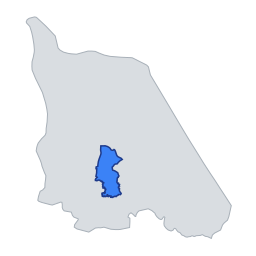 As-Salamiyeh, Hamah, Syria (highlighted), rotated 273°
{"feature_id": "27442178B43082534172912", "entity_name": "As-Salamiyeh", "entity_type": "district", "adm_level": 2, "iso_a3": "SYR", "parent_name": "Syria", "parent_adm1": "Hamah", "projection": "equal_earth", "projection_center": [37.215, 35.173], "detail": "fine", "context": "in_parent", "style": "filled", "palette": "blue", "viewbox_px": 256, "rotation_deg": 273, "n_neighbors": 0, "source": "geoboundaries", "source_scale": "gbopen_adm2", "svg_char_len": 5755}
<svg xmlns="http://www.w3.org/2000/svg" viewBox="0 0 256 256"><g transform="rotate(273 128 128)"><path d="M26.2,79.5L28.7,79.8L33.8,83.1L34.7,83.0L36.2,78.6L37.8,77.1L41.0,75.8L41.9,68.6L43.4,67.2L45.2,66.5L47.9,66.4L50.3,65.9L50.5,64.7L47.1,56.4L47.4,54.3L49.1,46.0L50.1,42.8L51.1,41.7L54.9,42.2L60.2,43.6L61.6,46.0L64.2,48.1L68.1,48.0L72.6,48.4L76.1,48.5L78.9,47.0L85.2,44.2L88.3,43.3L91.2,42.1L100.3,37.5L104.0,37.9L106.5,38.5L108.4,39.2L112.8,42.3L116.3,45.5L118.8,46.4L123.3,46.3L129.8,46.9L137.8,46.9L142.5,46.0L148.4,44.5L159.0,40.7L172.8,33.0L180.9,29.2L184.5,28.8L189.1,28.7L193.7,29.7L198.9,30.4L201.3,30.4L206.9,29.6L214.2,28.0L218.8,26.7L224.3,24.6L227.7,21.1L228.8,20.8L230.2,21.4L230.9,21.6L232.4,23.6L234.0,28.7L234.0,29.3L233.7,30.8L230.2,35.0L225.4,40.7L221.9,44.4L216.1,50.5L211.7,51.8L204.2,54.0L202.2,56.1L200.4,59.6L199.4,64.3L199.1,67.3L199.0,72.8L200.9,78.5L202.7,84.0L202.9,87.7L202.8,91.3L201.3,95.2L199.6,100.4L198.6,106.4L198.3,117.6L198.4,127.2L198.3,128.7L195.3,135.5L191.8,143.4L190.1,145.2L182.1,147.6L173.5,153.4L163.8,159.9L155.0,165.8L145.7,172.0L136.1,178.4L129.2,183.0L120.0,189.2L111.6,195.1L103.0,201.1L96.5,205.6L86.6,212.8L80.9,217.1L72.3,223.3L64.8,228.8L55.9,235.2L44.7,233.3L41.2,232.2L38.3,229.1L36.2,227.5L31.0,225.8L27.6,220.0L25.6,217.9L22.1,217.0L23.6,213.3L23.9,210.8L25.4,207.8L24.5,205.9L24.0,201.7L23.4,200.7L23.1,199.6L23.7,198.3L23.5,196.9L22.9,196.3L22.6,194.3L22.1,192.7L22.4,190.9L23.2,189.7L24.0,187.3L24.9,186.6L26.4,185.2L26.8,183.6L28.2,182.2L29.9,180.9L30.3,180.0L30.1,179.4L28.3,178.3L27.4,176.4L28.2,173.6L28.8,172.7L29.9,171.3L32.3,169.3L34.2,168.9L35.8,168.9L38.5,169.1L40.7,169.5L41.2,168.9L41.1,168.2L38.5,166.5L38.4,165.2L39.0,163.8L40.9,161.5L43.1,159.8L44.2,159.5L46.8,156.1L48.4,152.4L45.8,143.3L44.2,141.8L41.7,140.6L40.1,140.4L40.0,139.8L42.1,137.5L43.5,135.4L41.9,133.5L39.1,132.6L38.0,134.6L34.4,134.8L28.7,134.8L26.2,125.2L25.9,121.0L26.0,116.2L27.7,109.2L26.9,105.9L26.9,103.7L26.4,100.7L22.0,94.3L24.5,82.4L26.2,79.5Z" fill="#d9dde1" stroke="#a8b0b8" stroke-width="1"/><path d="M93.2,100.2L90.3,99.9L88.1,99.8L87.4,98.2L85.7,98.2L85.7,98.9L81.4,99.0L78.1,98.5L77.9,99.2L77.1,99.8L77.0,99.5L76.9,99.2L76.7,99.2L76.3,99.1L75.6,98.4L75.4,98.4L74.9,98.1L73.9,98.2L73.9,98.4L74.1,98.4L74.0,99.0L73.8,99.3L73.7,99.4L73.9,100.3L74.2,100.7L74.4,100.9L74.4,101.7L74.4,102.6L73.9,102.9L73.7,103.5L73.6,103.8L73.7,104.0L73.4,104.9L73.0,104.4L72.4,105.5L72.1,105.7L72.1,106.6L71.8,106.6L71.7,106.3L71.7,106.0L71.6,105.9L71.2,105.9L70.9,105.6L70.7,105.7L70.4,105.6L70.2,105.9L70.1,106.0L69.8,106.0L69.7,105.8L69.7,105.7L69.5,105.8L69.4,105.8L69.0,105.9L68.9,105.9L69.0,105.9L68.9,105.9L68.9,106.0L68.5,106.0L68.4,106.1L68.2,105.9L67.9,105.7L67.5,106.0L67.4,106.2L66.7,106.2L66.7,106.3L66.9,106.9L66.9,107.0L67.0,107.3L67.0,107.5L67.4,107.8L67.0,108.0L66.6,108.0L66.5,107.9L66.4,107.9L66.1,107.8L65.9,108.0L65.9,108.3L66.0,108.3L66.0,108.7L65.9,108.9L65.8,109.0L65.6,109.0L65.4,108.9L65.2,109.0L64.6,108.7L64.4,108.6L63.9,108.3L63.8,108.2L63.7,108.2L63.4,108.1L63.3,108.4L63.2,108.4L62.6,108.5L62.6,108.3L61.8,108.4L61.7,108.0L61.9,108.0L61.9,107.9L62.0,107.8L62.1,107.7L62.2,107.4L62.0,106.7L61.9,106.7L61.7,105.9L61.4,106.0L61.3,105.9L61.2,105.8L61.2,105.4L60.6,105.4L59.8,105.6L60.0,105.7L60.0,105.9L60.0,106.0L59.4,106.1L58.5,106.2L58.5,106.4L58.4,106.6L58.5,106.9L58.3,106.9L58.3,107.0L58.2,107.1L58.3,107.5L58.3,107.9L58.3,108.0L58.4,108.7L58.6,108.7L58.5,108.8L58.4,109.0L58.3,109.3L58.4,109.6L58.7,109.7L58.8,109.8L58.8,110.1L58.9,110.5L58.9,110.8L59.3,110.7L59.5,110.7L59.5,110.9L60.0,110.8L60.3,110.8L60.3,111.0L59.4,111.2L59.2,111.2L58.8,111.3L58.9,111.5L58.7,111.7L58.5,111.9L58.6,112.1L58.6,112.4L58.6,112.5L58.8,112.6L59.0,112.5L59.4,112.6L59.3,112.9L59.3,113.1L59.2,113.1L59.2,113.4L59.2,113.5L59.0,113.8L59.1,114.0L59.2,114.5L58.8,114.5L58.4,114.4L57.9,114.4L57.9,114.5L57.9,115.2L58.1,115.1L58.2,115.4L58.3,115.4L58.3,115.5L58.3,115.8L58.1,115.8L58.0,116.0L57.9,116.1L58.0,116.3L57.9,116.3L58.0,116.3L58.0,116.5L58.3,116.5L58.5,116.9L58.6,117.0L58.8,117.3L58.9,117.5L59.0,117.5L58.8,117.6L58.8,117.8L59.0,118.0L59.0,118.3L59.1,118.5L58.9,118.6L59.0,118.6L58.9,118.6L58.9,118.8L59.0,119.0L59.1,119.3L59.1,119.7L59.0,119.8L59.2,120.0L59.3,120.1L59.5,120.2L59.5,120.3L60.0,120.9L60.1,121.3L60.6,121.9L60.8,121.9L61.0,121.9L61.0,122.0L61.2,122.6L61.0,123.8L61.5,124.2L61.8,124.5L62.4,124.6L62.9,124.1L63.9,123.3L64.6,122.8L64.9,122.7L65.3,122.6L65.6,122.7L66.2,122.3L66.3,122.3L66.5,122.3L66.8,122.3L66.9,122.7L67.1,122.7L67.6,122.2L67.7,121.8L67.7,121.7L67.8,121.7L68.0,121.5L68.7,121.7L69.0,121.6L69.4,121.8L69.4,122.0L69.5,122.5L70.3,122.2L70.6,122.3L71.2,122.5L71.3,122.2L71.3,121.9L71.4,121.5L72.0,121.4L71.8,121.2L71.8,120.9L71.9,120.7L72.0,120.6L72.6,120.5L72.6,120.4L72.9,120.0L73.0,119.9L73.4,119.8L73.5,119.8L74.4,119.9L74.5,119.7L74.7,119.8L75.1,119.9L75.5,119.8L76.0,119.9L76.3,119.9L77.1,119.9L77.2,120.0L77.3,120.0L77.9,120.1L78.0,120.2L78.0,120.3L78.1,120.5L78.2,120.8L78.4,120.8L78.8,120.8L79.6,121.5L80.9,120.8L82.8,120.1L84.3,117.5L84.8,116.2L85.1,114.9L86.4,114.5L86.5,114.5L86.9,114.5L87.0,114.5L87.5,114.3L88.2,114.3L88.4,114.5L88.6,114.8L89.2,115.3L89.7,115.7L90.1,115.9L90.7,116.2L91.2,117.0L91.3,117.1L91.5,117.9L91.5,118.6L91.8,119.3L93.0,119.9L93.7,120.6L94.4,121.3L94.9,121.8L96.0,123.5L96.3,123.9L96.6,123.6L97.4,122.8L97.7,122.1L97.9,121.5L98.8,119.5L99.6,118.6L100.2,118.2L102.6,117.2L103.2,117.0L104.7,116.3L105.1,116.1L105.3,115.9L105.5,115.7L105.7,115.4L105.8,115.1L105.5,114.9L105.1,114.4L104.9,113.5L105.1,112.8L105.4,112.1L105.8,111.8L106.4,111.5L106.7,111.2L107.3,110.6L108.2,109.0L108.5,108.3L109.0,106.2L108.7,101.8L104.6,101.8L101.7,102.4L100.1,102.2L95.9,100.9L93.2,100.2Z" fill="#3b82f6" stroke="#1e3a8a" stroke-width="1.5"/></g></svg>